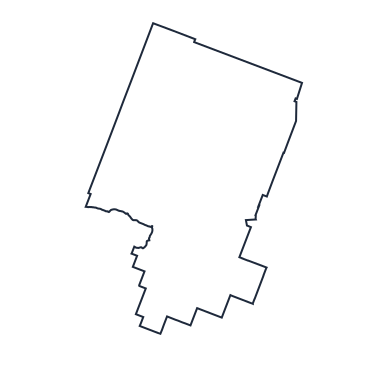 the district of Three Springs, Western Australia, Australia, rotated 111°
{"feature_id": "25037944B87416382826718", "entity_name": "Three Springs", "entity_type": "district", "adm_level": 2, "iso_a3": "AUS", "parent_name": "Australia", "parent_adm1": "Western Australia", "projection": "orthographic", "projection_center": [115.749, -29.514], "detail": "fine", "context": "isolated", "style": "outline", "palette": "slate", "viewbox_px": 384, "rotation_deg": 111, "n_neighbors": 0, "source": "geoboundaries", "source_scale": "gbopen_adm2", "svg_char_len": 4966}
<svg xmlns="http://www.w3.org/2000/svg" viewBox="0 0 384 384"><g transform="rotate(111 192 192)"><path d="M335.8,192.8L335.8,185.5L335.8,181.4L335.8,173.0L335.7,170.7L331.2,170.6L326.5,170.7L324.2,170.7L317.1,170.7L317.2,161.6L317.1,158.9L317.2,154.4L317.1,151.4L317.1,145.6L303.2,145.6L298.6,145.6L298.6,141.7L298.6,119.2L274.5,119.2L274.6,117.4L274.6,111.8L274.6,111.5L274.6,95.2L274.4,95.3L274.2,95.3L269.6,95.3L269.4,95.2L244.3,95.3L244.2,95.4L237.7,95.4L236.7,95.4L235.8,95.3L235.8,99.5L235.9,115.1L236.0,115.2L236.0,121.1L235.9,121.1L235.9,124.4L234.3,124.4L228.9,124.4L224.4,124.4L219.4,124.4L216.7,124.4L214.6,124.4L213.7,124.4L208.1,124.4L205.7,124.4L203.7,124.4L203.6,127.6L203.6,128.7L198.9,131.6L198.4,130.5L196.5,126.4L194.8,122.6L194.5,122.9L190.9,124.1L190.9,124.4L181.1,124.4L181.5,124.9L169.4,124.9L169.4,120.5L165.9,120.6L165.7,120.6L152.6,120.7L152.4,120.7L152.0,120.7L138.1,120.7L137.8,120.7L122.5,120.7L122.5,120.1L112.1,120.2L88.4,120.3L70.5,126.8L70.5,128.8L67.5,128.8L67.5,127.4L50.7,128.4L51.3,243.7L50.5,243.8L48.2,243.7L48.2,267.3L48.4,288.8L50.4,288.8L51.0,288.8L109.7,288.6L132.0,288.6L145.6,288.5L179.7,288.4L230.2,288.4L230.2,285.9L236.3,285.9L243.9,285.9L243.7,285.3L243.7,285.1L243.6,284.8L243.6,284.6L243.5,284.2L243.4,283.7L243.3,283.4L243.2,283.4L243.1,283.2L243.0,282.8L242.9,282.5L242.8,282.4L242.6,282.1L242.5,281.8L242.5,281.6L242.4,281.3L242.4,281.1L242.3,280.9L242.2,280.8L242.2,280.6L242.0,280.2L242.0,279.7L241.9,279.6L241.9,279.4L241.8,279.2L241.7,278.9L241.6,278.6L241.6,278.4L241.6,278.2L241.5,277.9L241.5,277.7L241.4,277.3L241.3,277.0L241.2,276.8L241.2,276.7L241.1,276.4L241.1,276.1L241.0,275.8L241.1,275.5L241.1,275.4L241.1,275.2L241.1,274.9L241.1,274.4L241.1,273.9L241.1,273.7L241.0,273.4L240.9,273.2L240.8,272.7L240.7,272.3L240.6,271.9L240.6,271.5L240.6,271.4L240.6,271.0L240.6,270.6L240.7,270.2L240.8,270.0L240.8,269.8L240.8,269.6L240.7,269.2L240.7,268.9L240.8,268.6L240.7,268.3L240.7,268.1L240.7,267.8L240.7,267.7L240.7,267.4L240.7,266.9L240.7,266.7L240.7,266.4L240.8,266.2L240.9,265.9L240.8,265.6L240.8,265.4L240.7,264.9L240.6,264.7L240.5,264.4L240.5,264.2L240.4,264.2L240.3,263.8L240.3,263.7L240.3,263.4L240.4,263.2L240.5,262.9L240.5,262.6L240.5,262.4L240.4,262.3L240.2,262.2L239.6,262.0L239.5,261.9L239.1,261.8L238.9,261.7L238.4,261.5L238.1,261.3L237.9,261.2L237.7,261.1L237.5,260.8L237.4,260.7L237.2,260.5L237.0,260.1L236.9,260.0L236.8,259.9L236.7,259.7L236.5,259.4L236.3,259.1L236.0,258.4L235.9,258.1L235.8,257.7L235.6,257.0L235.6,256.7L235.5,256.2L235.6,255.9L235.6,255.6L235.6,255.2L235.6,254.7L235.7,254.4L235.8,254.0L235.7,253.7L235.6,253.4L235.6,253.1L235.6,252.9L235.6,252.7L235.6,252.4L235.5,252.2L235.3,251.6L235.3,251.4L235.3,251.1L235.3,250.8L235.3,250.6L235.1,250.1L235.1,249.7L235.1,249.4L235.4,247.9L235.5,247.6L235.7,246.9L236.0,246.0L236.0,245.7L235.8,245.3L235.3,245.1L235.2,244.9L235.2,244.6L235.2,244.3L235.3,244.1L235.4,243.9L235.6,243.8L236.0,243.4L236.3,243.1L236.5,242.8L236.7,242.1L236.8,241.9L237.0,241.5L237.1,241.3L237.1,241.2L237.3,240.8L237.6,240.4L237.8,240.2L238.1,239.7L238.4,239.2L238.5,239.1L238.6,238.9L238.7,238.7L239.0,238.0L239.2,237.7L239.3,237.4L239.3,237.2L239.3,236.9L239.3,236.6L239.2,236.4L239.1,236.1L239.0,235.9L238.9,235.7L238.8,235.3L238.6,234.8L238.5,234.5L238.4,234.4L238.4,234.2L238.3,233.9L238.3,233.7L238.3,233.3L238.3,232.9L238.4,232.7L238.5,232.5L238.8,231.8L238.9,231.7L239.0,231.4L239.1,231.2L239.2,230.9L239.3,230.7L239.3,230.4L239.4,230.2L239.4,229.9L239.4,229.7L239.4,229.1L239.4,228.8L239.4,228.7L239.4,228.4L239.4,227.9L239.4,227.6L239.4,227.3L239.4,227.0L239.4,226.6L239.4,226.4L239.4,226.1L239.4,225.9L239.4,225.5L239.5,225.2L239.6,224.5L239.6,224.4L239.6,224.2L239.6,223.8L239.6,223.6L239.5,223.1L239.6,222.8L239.6,222.4L239.6,222.1L239.6,221.8L239.6,221.7L239.6,221.4L239.7,221.2L239.7,220.9L239.7,220.7L239.7,220.4L239.6,220.0L239.5,219.9L239.5,219.6L239.5,219.3L239.5,219.2L239.4,219.1L239.4,218.6L239.4,218.3L239.4,218.2L239.2,218.0L239.1,217.9L238.5,217.4L238.3,217.2L238.1,217.1L238.1,216.9L238.3,216.8L238.7,216.8L239.7,216.6L240.4,215.9L241.7,215.3L242.5,215.1L243.5,214.9L245.4,215.0L248.1,215.6L249.5,215.3L250.1,215.4L250.5,215.6L251.4,215.2L251.9,214.8L252.4,214.5L252.8,215.1L253.2,215.8L253.3,216.0L253.5,216.1L253.8,216.3L254.0,216.5L254.5,216.5L254.7,216.4L255.0,216.3L256.7,215.8L257.4,215.7L257.7,215.6L258.1,215.7L258.3,215.7L258.6,215.8L258.8,215.9L260.0,216.3L260.4,216.5L260.7,216.6L261.2,217.0L261.7,217.2L261.9,217.3L262.0,217.5L262.2,217.9L262.2,218.1L262.1,218.4L262.0,218.7L261.9,218.9L261.8,219.1L261.8,219.4L261.8,219.6L261.9,219.9L262.0,220.1L263.1,221.5L263.3,221.8L263.5,222.1L263.5,222.3L263.6,222.6L263.9,223.7L264.0,224.1L264.0,224.3L264.0,224.5L263.9,224.7L263.8,225.6L263.7,226.3L270.3,226.3L271.2,226.4L271.2,220.4L283.1,220.4L283.1,207.9L298.1,207.9L298.6,207.5L298.6,200.6L326.2,200.6L326.2,192.7L328.2,192.7L329.6,192.7L333.1,192.7L335.8,192.8Z" fill="none" stroke="#1e293b" stroke-width="2"/></g></svg>